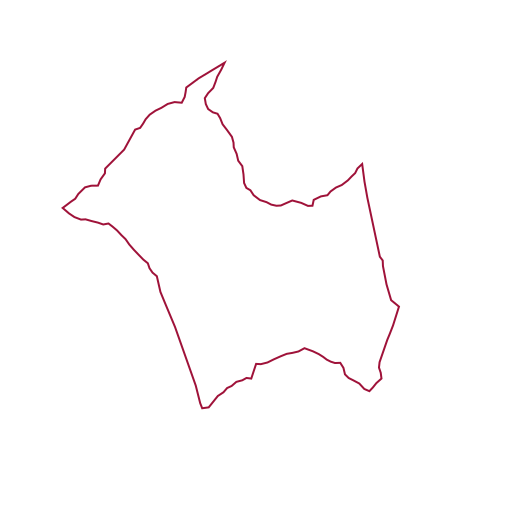 Irará, Bahia, Brazil, rotated 319°
{"feature_id": "56859067B61653913557352", "entity_name": "Irará", "entity_type": "district", "adm_level": 2, "iso_a3": "BRA", "parent_name": "Brazil", "parent_adm1": "Bahia", "projection": "mercator", "projection_center": [-38.751, -12.053], "detail": "fine", "context": "isolated", "style": "outline", "palette": "rose", "viewbox_px": 512, "rotation_deg": 319, "n_neighbors": 0, "source": "geoboundaries", "source_scale": "gbopen_adm2", "svg_char_len": 1911}
<svg xmlns="http://www.w3.org/2000/svg" viewBox="0 0 512 512"><g transform="rotate(319 256 256)"><path d="M141.6,92.9L142.8,101.1L144.5,107.5L147.8,113.7L151.4,116.5L154.8,121.7L158.6,127.1L161.4,132.0L166.0,134.7L167.0,139.6L167.9,145.6L168.1,152.0L168.6,157.7L167.9,164.2L167.9,171.1L168.2,177.5L168.6,184.8L169.6,190.5L167.6,195.4L167.0,200.7L167.9,206.2L160.3,220.4L156.3,232.3L148.3,256.5L125.5,314.3L117.3,330.5L115.5,335.6L121.0,339.2L135.4,336.6L142.1,337.5L147.6,336.7L152.3,338.1L158.6,338.1L164.1,340.8L168.8,341.8L172.0,345.4L185.3,337.5L188.7,340.8L194.8,343.9L201.7,345.7L208.9,347.9L215.0,350.0L219.9,353.0L225.4,355.9L232.1,357.4L236.4,365.2L239.0,371.2L240.5,376.2L241.4,380.6L243.1,384.8L245.4,388.6L249.5,391.9L248.6,397.8L245.5,403.7L245.9,408.9L247.8,413.5L250.3,420.0L250.5,427.4L252.9,432.4L257.9,431.9L263.4,430.9L270.3,430.8L273.5,426.0L275.6,420.9L279.6,417.2L300.1,405.4L305.9,402.5L313.9,398.3L330.7,388.0L329.0,378.0L335.9,363.0L345.2,346.9L348.7,342.5L349.0,337.8L378.3,285.0L386.7,271.0L396.5,256.2L390.0,256.5L385.2,258.5L380.3,258.7L375.0,259.2L367.3,258.7L361.3,256.8L354.6,256.2L349.8,257.0L344.1,253.6L336.4,251.5L331.6,255.1L328.1,252.3L325.0,245.6L319.8,237.9L312.5,235.6L307.9,234.2L304.4,231.5L301.2,227.2L299.3,222.3L295.7,216.4L294.1,208.6L294.9,202.7L293.4,198.3L294.9,193.1L300.1,186.2L304.6,179.2L305.1,172.4L308.4,166.2L310.5,159.4L313.4,155.7L316.0,150.3L316.8,141.5L317.2,134.7L319.4,128.4L320.3,123.4L317.7,119.3L316.3,113.7L317.8,108.4L320.9,103.3L326.7,101.7L334.0,101.1L339.8,98.0L344.3,95.3L351.9,92.6L359.1,89.5L329.3,84.3L313.9,83.1L310.3,86.2L306.5,89.2L300.5,91.6L295.5,86.4L289.1,83.3L281.8,82.1L275.6,80.4L268.5,79.6L262.4,80.4L257.7,82.0L252.6,83.3L247.7,81.3L226.3,89.2L199.5,91.1L196.2,94.5L189.0,96.2L182.9,99.2L177.7,94.8L172.0,92.0L162.6,92.6L157.1,94.2L152.0,93.6L147.3,93.3L141.6,92.9Z" fill="none" stroke="#9f1239" stroke-width="2"/></g></svg>